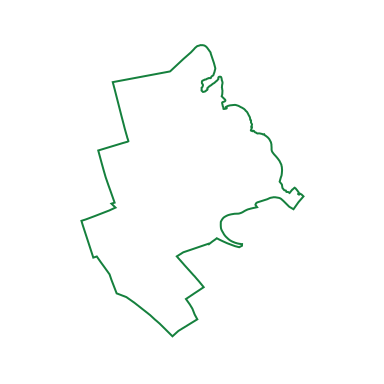 Comuna 13, Ciudad de Buenos Aires, Argentina, rotated 17°
{"feature_id": "61730980B46645672865610", "entity_name": "Comuna 13", "entity_type": "district", "adm_level": 2, "iso_a3": "ARG", "parent_name": "Argentina", "parent_adm1": "Ciudad de Buenos Aires", "projection": "mercator", "projection_center": [-58.447, -34.555], "detail": "fine", "context": "isolated", "style": "outline", "palette": "green", "viewbox_px": 384, "rotation_deg": 17, "n_neighbors": 0, "source": "geoboundaries", "source_scale": "gbopen_adm2", "svg_char_len": 5957}
<svg xmlns="http://www.w3.org/2000/svg" viewBox="0 0 384 384"><g transform="rotate(17 192 192)"><path d="M84.1,110.1L88.2,116.7L100.0,136.1L102.3,139.9L107.0,147.5L109.0,150.8L112.4,156.1L113.6,157.9L114.3,159.1L114.8,159.7L116.2,161.8L116.3,162.1L115.6,162.8L111.7,165.3L93.8,177.3L90.2,179.7L97.3,191.0L101.0,196.8L105.1,203.1L110.2,210.1L113.2,214.1L121.1,224.8L118.4,226.7L121.7,228.4L123.4,229.3L119.0,233.2L118.6,233.6L106.0,243.5L103.0,245.8L98.7,249.1L94.7,251.9L97.1,255.5L107.0,269.6L116.8,283.6L119.8,281.5L125.3,285.8L129.7,289.1L136.5,294.3L137.2,294.8L140.6,299.5L148.2,309.2L149.6,311.0L150.1,311.0L160.0,311.7L169.7,314.9L188.0,322.0L194.0,324.9L195.7,325.6L199.5,327.3L215.5,335.7L218.3,331.0L219.7,328.7L234.3,312.2L230.4,308.4L226.5,303.5L222.7,300.1L217.5,296.1L224.0,288.1L227.0,284.5L231.0,279.6L224.9,275.5L221.7,273.5L218.9,271.7L218.1,271.3L206.1,264.1L204.7,263.2L198.0,259.1L196.3,258.0L201.3,252.2L208.7,246.9L218.8,239.6L223.1,236.5L223.5,236.9L225.8,233.6L228.5,230.1L229.2,229.0L231.9,229.5L235.9,230.1L240.6,230.7L245.3,231.0L249.0,231.2L251.5,231.1L253.3,231.0L255.2,229.1L255.5,228.8L255.1,227.2L254.8,227.3L254.4,227.4L253.8,227.5L253.3,227.5L252.9,227.6L252.6,227.7L252.2,227.7L251.8,227.8L251.5,227.8L251.0,227.8L250.7,227.9L250.3,227.9L249.9,227.9L249.5,227.9L249.3,227.9L248.9,227.9L248.5,227.9L248.2,227.9L247.9,227.9L247.5,227.9L247.1,227.8L246.5,227.8L246.2,227.7L245.7,227.7L245.4,227.7L243.9,227.4L242.5,227.1L241.4,226.7L240.4,226.3L239.6,225.9L238.6,225.4L237.2,224.7L236.3,224.1L235.3,223.4L234.5,222.7L233.4,221.6L232.7,221.0L232.0,220.3L231.3,219.6L230.5,218.5L230.1,217.7L229.8,217.0L229.4,215.9L229.0,214.7L228.8,213.9L228.6,213.3L228.5,212.9L228.3,212.1L228.3,211.8L228.5,210.9L228.8,209.5L229.2,208.4L229.6,207.5L230.2,206.6L231.2,205.5L232.2,204.5L233.4,203.5L234.8,202.6L236.0,201.9L237.6,201.1L239.0,200.4L241.0,199.7L242.5,199.2L243.7,198.6L244.5,198.0L245.2,197.5L246.2,196.6L247.1,195.6L247.9,194.7L248.5,194.1L249.8,192.9L250.8,192.1L252.0,191.4L253.0,190.7L253.6,190.4L254.2,190.0L258.7,187.5L256.4,185.7L256.5,184.2L257.4,182.9L266.1,176.9L268.1,175.1L268.8,174.6L271.7,173.1L273.1,172.7L276.8,172.2L278.4,172.3L279.4,172.6L280.9,173.3L282.2,173.9L288.8,177.4L289.4,177.7L294.1,178.8L296.8,170.6L299.9,163.6L297.6,162.4L295.8,162.0L295.1,163.2L294.7,163.1L294.1,162.9L294.1,162.5L294.2,162.2L294.3,161.6L294.3,161.4L294.0,161.1L292.0,159.6L289.9,158.2L289.2,158.1L288.9,157.9L288.6,158.2L288.5,158.5L287.6,159.9L287.4,160.3L287.2,160.4L285.6,164.4L283.9,163.9L282.3,164.3L281.3,163.2L279.7,163.3L277.3,161.7L275.8,158.6L272.8,156.5L272.7,153.0L272.7,151.8L272.8,150.2L272.7,149.3L272.5,148.3L272.4,147.5L272.2,146.9L272.1,146.3L271.7,144.6L271.0,142.9L270.6,141.8L270.0,140.9L269.6,140.0L269.2,139.5L267.6,137.8L266.6,136.7L265.9,136.2L264.6,135.2L263.3,134.3L261.4,133.1L260.0,132.3L259.2,131.8L258.4,131.2L257.5,130.6L256.6,129.7L256.1,129.0L255.8,128.4L255.6,127.9L255.4,127.2L255.1,126.2L254.8,125.4L254.4,124.4L254.1,123.4L253.6,122.5L253.1,121.6L252.7,121.1L250.5,118.9L249.3,118.1L248.2,117.5L247.1,117.1L246.1,116.7L245.2,116.5L244.8,116.3L244.3,115.8L244.1,115.6L243.7,115.8L243.4,116.2L243.1,116.2L242.0,116.0L240.8,116.1L239.4,116.2L238.2,116.6L237.5,116.9L236.7,116.8L236.3,116.6L236.0,116.5L235.2,116.5L234.4,116.3L233.7,115.7L233.3,115.5L232.9,115.5L232.5,115.6L232.5,115.8L232.3,116.1L230.7,116.1L230.4,116.0L230.2,115.7L230.3,115.3L230.4,113.7L230.5,113.1L230.4,112.4L229.9,112.3L229.6,112.3L229.6,111.6L229.7,111.1L229.7,110.7L229.7,110.0L229.3,109.4L228.7,108.9L228.4,108.6L228.0,108.1L227.7,106.8L227.5,106.3L227.2,106.0L226.7,106.0L226.4,105.5L226.1,104.7L225.7,104.0L225.2,103.3L224.7,102.8L224.1,102.3L222.9,101.0L222.3,100.4L221.5,99.6L220.9,99.2L219.4,98.5L219.0,98.1L217.8,97.5L217.0,97.2L216.5,97.1L215.4,96.8L214.8,96.7L214.0,96.6L213.0,96.4L212.2,96.2L211.6,96.1L210.8,96.0L210.1,96.0L209.2,96.0L208.3,96.0L207.4,96.2L207.0,96.4L206.4,96.6L205.7,96.9L204.8,97.3L203.8,97.7L203.4,97.9L202.9,98.1L202.3,98.5L201.4,99.0L200.8,99.6L200.3,100.0L199.7,100.6L199.5,100.9L199.6,101.4L200.1,101.5L200.6,101.5L200.7,101.8L200.6,102.0L199.9,102.5L199.3,102.7L198.8,103.0L198.3,103.3L197.8,103.3L197.7,103.1L197.5,102.7L197.4,102.2L197.1,101.8L196.9,101.5L196.5,101.1L196.2,100.7L195.9,100.1L195.7,99.7L195.3,99.0L195.1,98.7L194.9,98.3L194.7,97.8L194.9,97.2L195.2,97.0L195.7,96.6L196.3,96.2L196.9,95.7L197.2,95.0L197.2,94.8L196.9,94.3L196.7,94.0L196.4,93.9L192.4,91.8L192.4,91.0L192.4,90.0L192.2,89.0L191.7,87.0L191.4,85.9L190.8,84.9L190.5,84.0L190.0,83.3L189.7,81.6L189.5,81.0L189.5,80.2L189.4,79.3L189.2,78.4L188.9,77.9L188.6,77.3L187.8,76.4L187.6,75.8L186.9,74.5L186.4,73.8L186.0,73.5L185.1,73.5L184.3,73.9L183.9,74.3L183.8,74.8L183.8,75.3L184.0,75.6L184.2,76.2L183.9,76.7L183.7,77.4L183.5,78.0L182.9,78.7L182.7,79.1L182.1,80.1L181.5,81.1L181.1,81.6L180.2,82.5L179.5,83.6L179.0,84.4L178.5,84.8L178.2,85.2L177.8,85.9L177.3,86.3L176.9,87.2L176.6,87.9L176.3,88.3L176.5,88.8L176.8,89.2L176.7,89.9L176.3,90.2L175.8,91.0L175.4,91.8L174.9,92.1L174.1,92.7L173.2,93.1L171.5,92.2L171.5,91.8L171.2,91.1L171.1,90.8L170.9,90.0L170.7,89.6L170.9,89.2L171.2,88.7L171.3,88.0L171.3,86.8L171.1,86.3L170.9,86.0L170.4,85.6L170.2,85.5L169.8,85.2L169.5,84.6L169.3,84.0L169.2,83.2L169.4,82.6L169.8,82.3L170.0,82.0L170.6,81.6L170.9,81.2L171.3,80.8L171.8,80.6L172.2,80.4L172.7,80.1L172.9,79.7L173.3,79.3L174.0,78.9L174.3,78.4L174.9,78.1L175.4,77.9L176.0,77.9L176.4,77.7L176.7,77.4L176.7,77.0L176.8,76.3L176.9,75.9L177.2,75.4L177.9,74.7L178.3,73.9L178.3,72.9L178.3,72.2L178.4,71.3L178.4,70.3L178.3,69.3L178.3,68.1L178.2,67.5L178.2,67.1L177.9,66.5L175.3,62.3L169.3,53.9L169.0,53.2L168.4,52.7L167.7,52.2L166.3,51.1L165.2,50.3L164.3,49.6L163.8,49.3L162.6,48.7L161.5,48.4L160.9,48.3L159.8,48.4L159.1,48.5L158.3,48.8L157.3,49.0L156.7,49.4L155.6,50.2L154.9,50.6L154.4,50.9L152.8,53.3L152.2,54.7L150.2,58.7L145.0,67.1L135.9,82.9L135.6,83.2L84.1,110.1Z" fill="none" stroke="#15803d" stroke-width="2"/></g></svg>